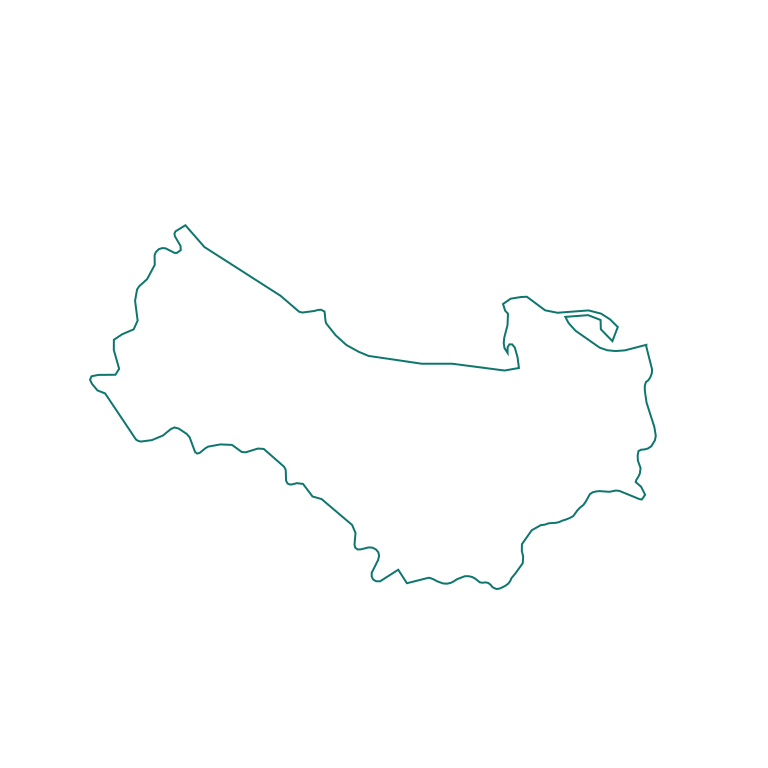 an SVG outline of Tarragona, rotated 233°
{"feature_id": "ESP-5846", "entity_name": "Tarragona", "entity_type": "Autonomous Community", "adm_level": 1, "iso_a3": "ESP", "parent_name": "Spain", "parent_adm1": "", "projection": "equal_earth", "projection_center": [0.73, 41.051], "detail": "fine", "context": "isolated", "style": "outline", "palette": "teal", "viewbox_px": 768, "rotation_deg": 233, "n_neighbors": 0, "source": "natural_earth", "source_scale": "10m", "svg_char_len": 2734}
<svg xmlns="http://www.w3.org/2000/svg" viewBox="0 0 768 768"><g transform="rotate(233 384 384)"><path d="M630.3,320.9L601.5,323.0L516.6,354.5L492.8,359.7L490.2,361.8L484.2,372.4L482.9,375.8L481.2,378.4L477.6,380.1L469.5,375.2L467.0,374.3L452.1,374.7L437.9,377.4L424.9,383.2L415.8,388.5L377.5,426.3L359.0,450.8L322.2,488.4L315.6,501.4L324.7,506.6L334.4,510.4L338.5,510.2L340.2,508.0L338.9,504.7L334.4,501.4L340.1,501.8L344.7,504.3L348.6,507.9L356.7,518.1L365.5,525.3L369.7,524.9L376.3,527.2L375.9,536.5L371.0,545.8L367.7,550.6L345.9,557.0L336.5,565.4L319.7,591.6L309.6,599.7L299.7,603.4L288.8,605.0L280.8,592.2L297.2,590.1L304.8,595.5L316.1,588.5L328.5,569.2L321.6,568.1L311.3,569.0L283.3,578.1L276.6,582.6L271.0,588.7L265.9,596.6L257.4,617.1L255.8,615.9L234.4,606.9L231.5,604.5L229.1,600.7L227.9,597.3L227.9,594.3L225.6,591.2L221.7,588.3L211.2,582.5L187.1,574.1L179.1,569.9L176.0,566.5L173.4,560.0L173.7,555.8L175.1,552.4L176.8,549.8L177.3,546.9L174.1,543.4L169.9,540.6L162.4,538.3L158.5,534.4L156.7,531.0L155.7,528.0L154.2,526.0L147.3,527.5L138.4,525.9L136.6,520.4L138.4,518.7L156.9,507.7L159.3,505.2L162.2,499.2L168.7,491.7L170.5,488.8L171.9,485.6L172.1,482.1L168.6,474.2L167.4,470.4L167.3,465.9L166.7,462.4L164.6,455.7L165.3,451.3L166.3,447.6L167.6,444.1L168.3,440.8L169.6,437.9L173.6,431.8L175.0,427.6L176.9,424.3L178.3,414.0L173.1,397.8L167.6,393.5L162.6,391.4L157.4,387.0L153.6,374.8L152.2,368.8L150.8,366.5L149.8,363.2L149.8,359.9L150.3,356.5L151.1,353.1L152.7,350.3L156.3,348.4L159.5,348.3L162.4,347.5L164.5,345.7L165.8,343.3L167.9,341.2L173.9,339.6L176.9,338.2L179.6,335.9L181.8,333.0L184.2,324.7L184.4,320.9L185.0,317.7L186.5,314.3L189.1,311.2L194.3,307.8L198.2,306.0L201.6,303.9L202.5,302.8L211.1,282.4L227.1,283.6L228.8,262.1L231.2,259.0L234.4,257.7L237.6,258.3L240.6,260.5L246.9,273.2L249.7,276.7L253.0,278.2L256.8,278.0L260.4,276.2L262.9,273.1L265.8,266.1L267.8,263.3L270.7,262.5L273.5,263.8L282.2,271.6L290.6,273.7L329.7,264.9L337.2,259.2L352.9,259.2L357.2,254.8L359.2,250.0L360.5,248.2L362.6,247.1L365.7,247.6L374.5,253.8L378.0,254.4L404.5,248.9L408.3,244.5L412.7,232.4L415.3,229.5L426.8,226.0L434.2,217.0L439.8,205.9L440.2,202.7L439.9,195.5L440.8,193.0L443.4,192.2L458.4,196.7L462.8,196.4L472.0,193.2L475.4,190.5L476.3,186.5L475.9,176.4L478.9,164.8L484.4,155.1L486.6,153.4L488.9,152.5L544.3,155.6L551.3,151.3L560.0,150.9L564.3,151.8L566.2,155.0L563.2,161.3L553.0,175.1L555.5,181.6L573.8,188.7L581.9,194.9L581.3,204.8L578.3,217.0L582.9,225.4L600.3,235.3L608.1,243.7L609.4,247.3L610.3,257.9L617.1,272.6L624.8,278.2L626.6,281.1L627.2,285.3L626.0,288.7L623.8,291.2L614.8,295.6L613.4,297.3L613.2,302.2L616.7,304.6L627.8,305.9L630.2,307.1L631.4,309.4L630.3,320.9Z" fill="none" stroke="#0f766e" stroke-width="2"/></g></svg>